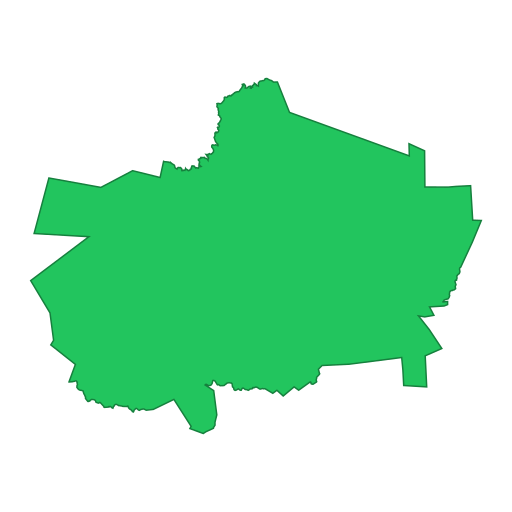 Otáez, Durango, Mexico (Mercator projection)
{"feature_id": "50627088B56377483842725", "entity_name": "Otáez", "entity_type": "district", "adm_level": 2, "iso_a3": "MEX", "parent_name": "Mexico", "parent_adm1": "Durango", "projection": "mercator", "projection_center": [-105.979, 24.71], "detail": "fine", "context": "isolated", "style": "filled", "palette": "green", "viewbox_px": 512, "rotation_deg": 0, "n_neighbors": 0, "source": "geoboundaries", "source_scale": "gbopen_adm2", "svg_char_len": 5991}
<svg xmlns="http://www.w3.org/2000/svg" viewBox="0 0 512 512"><path d="M87.8,401.4L88.9,401.2L88.9,401.3L89.8,401.0L89.8,400.6L91.7,399.4L94.3,399.7L95.4,400.6L95.6,401.0L95.8,401.9L96.1,402.3L98.3,403.1L99.0,403.0L99.4,402.5L99.8,402.4L100.3,402.6L103.8,406.4L104.0,407.2L104.5,407.4L108.9,407.0L108.8,406.6L110.5,406.5L111.8,407.7L112.9,408.2L113.5,406.5L114.1,406.1L114.4,405.2L114.7,404.9L116.0,404.3L116.8,404.5L118.9,405.7L119.9,405.6L120.2,405.8L121.7,406.0L122.8,406.4L126.5,406.5L127.5,406.1L127.9,406.1L128.4,407.6L129.6,409.0L130.8,409.6L132.3,411.2L132.4,411.6L133.4,412.0L133.7,411.6L133.7,411.2L134.1,410.2L135.8,408.5L136.4,408.4L137.5,409.1L138.3,409.9L139.2,410.3L139.6,410.3L140.5,409.6L143.0,409.0L144.1,409.1L146.2,410.2L153.3,409.4L173.9,399.4L191.1,426.3L189.9,428.6L203.3,433.5L205.8,431.8L213.4,428.3L213.3,427.9L215.0,425.2L215.0,422.2L216.8,414.9L213.7,390.6L205.1,385.0L205.3,384.6L206.0,384.3L206.6,384.4L208.3,385.5L209.1,385.6L210.4,385.4L211.2,384.9L212.1,383.5L212.8,380.5L213.1,380.4L213.8,380.4L215.1,381.1L217.2,384.6L217.7,384.9L218.3,384.6L218.7,384.7L220.1,385.7L223.4,385.6L224.3,385.4L224.8,384.8L225.7,384.3L226.9,383.2L227.4,383.0L229.2,382.7L230.4,383.0L231.4,383.0L232.1,383.8L232.5,386.8L233.7,388.0L233.9,389.3L234.2,389.8L235.1,390.4L236.5,390.0L238.3,388.8L240.0,390.1L241.0,390.3L241.3,390.2L242.1,388.4L243.0,388.1L243.5,388.2L245.2,389.5L247.0,389.7L248.2,390.3L248.9,390.0L250.1,389.0L252.1,388.8L252.7,388.4L252.6,387.8L253.0,387.5L254.3,387.7L255.3,387.1L256.3,387.1L257.1,387.3L259.7,389.0L260.2,389.1L262.6,388.5L263.4,388.8L265.0,388.7L272.8,393.3L276.9,390.3L283.2,396.0L294.1,386.9L298.7,390.2L310.2,381.9L310.9,382.3L310.9,383.0L311.1,383.7L311.9,384.1L312.6,384.2L313.1,384.2L316.5,382.0L316.7,381.5L316.1,380.0L316.6,378.5L316.6,377.3L318.9,374.9L319.7,373.8L319.4,373.2L318.4,369.2L322.1,365.5L349.1,364.2L401.7,357.5L402.9,370.1L403.7,385.5L426.7,386.9L425.2,355.8L441.8,348.5L429.2,329.5L418.5,315.9L424.7,316.9L433.9,315.3L429.5,306.9L444.1,306.0L447.6,304.6L447.6,301.5L442.4,302.0L443.7,301.3L444.2,300.0L446.9,299.1L447.9,299.0L449.0,297.6L449.7,295.6L449.3,294.2L449.6,293.2L449.6,292.1L450.0,291.7L450.0,291.4L450.4,291.1L451.5,290.5L452.4,290.5L452.6,290.2L454.1,289.9L455.6,288.7L455.2,286.4L456.0,284.7L455.1,282.1L455.0,281.1L455.9,280.0L456.5,280.2L456.7,279.0L457.0,278.2L456.8,276.0L458.3,274.2L459.2,273.7L459.8,272.2L459.9,271.6L459.5,269.0L459.8,267.8L460.7,267.2L472.3,242.2L481.3,220.5L472.7,220.2L470.6,185.7L456.3,186.4L448.2,187.1L424.9,187.0L424.6,150.8L409.0,143.7L409.3,155.9L289.5,112.4L277.4,82.0L273.5,82.1L271.6,80.6L269.6,80.0L266.9,78.5L265.2,78.7L264.6,79.9L263.7,80.6L262.7,80.6L261.4,81.0L260.7,81.0L259.8,81.3L258.4,83.0L258.4,86.1L257.4,85.5L256.4,85.6L256.3,84.6L254.4,83.2L254.3,84.2L253.6,84.5L253.2,85.4L252.4,85.6L252.5,87.1L251.7,86.9L251.2,87.4L251.2,88.2L250.4,88.1L250.8,87.0L250.6,86.2L250.4,86.1L248.8,86.5L246.8,88.1L245.2,88.0L245.6,86.5L245.3,85.4L243.9,83.9L242.3,84.4L243.2,85.7L242.3,86.2L242.4,86.6L242.0,87.5L239.6,90.6L239.4,91.2L238.8,91.7L237.0,91.7L236.7,92.0L235.7,92.1L235.1,92.6L234.6,92.6L234.2,93.2L233.1,93.9L232.6,94.7L232.1,95.0L231.5,95.0L231.5,95.4L231.0,96.0L229.7,95.7L229.4,95.5L228.8,95.9L227.7,96.3L227.6,96.9L226.8,97.4L225.2,97.1L224.6,97.2L224.2,97.8L224.4,99.2L223.8,100.6L221.5,103.3L220.6,103.7L219.5,103.7L218.8,103.4L217.3,103.5L216.9,103.7L217.3,105.3L217.0,105.8L216.9,106.4L217.1,107.0L218.3,108.4L218.1,109.7L218.8,111.7L218.5,112.3L218.7,112.8L218.7,113.7L218.3,115.0L219.6,115.8L219.9,116.8L221.2,118.5L221.2,119.3L220.3,120.8L220.3,121.3L220.0,121.5L219.5,122.5L218.1,123.7L218.1,124.5L218.5,124.9L219.0,125.1L219.4,125.9L219.3,126.5L218.9,127.0L218.6,127.3L217.6,127.2L217.4,127.4L217.9,128.5L217.8,129.1L218.1,129.3L218.8,130.2L218.3,131.9L217.6,132.1L217.1,132.7L216.6,132.9L216.3,132.6L216.4,132.1L216.0,132.0L214.9,133.1L215.0,134.8L214.8,136.4L214.1,137.3L215.5,141.4L216.6,143.0L217.6,143.8L217.8,144.2L218.0,144.9L218.0,145.7L217.7,145.7L217.4,145.3L216.2,144.9L215.6,144.8L214.5,145.2L213.6,145.2L212.9,144.8L212.1,145.1L211.8,145.6L211.7,146.8L212.0,147.5L212.6,148.0L213.4,149.6L213.7,150.8L213.4,151.3L213.5,151.7L213.4,152.3L212.8,152.6L212.3,153.4L211.7,153.6L211.6,153.9L211.1,154.3L209.7,153.9L209.4,153.7L209.2,154.0L208.6,154.0L207.9,154.4L206.8,154.6L206.1,154.5L207.0,155.7L207.1,156.2L207.5,156.4L207.8,156.2L207.7,157.0L208.5,157.7L208.5,158.3L208.1,159.2L208.0,160.2L207.3,159.1L206.2,158.4L205.0,158.4L204.6,157.5L204.3,157.3L203.4,157.6L202.3,157.5L201.6,157.9L201.0,157.3L200.8,157.4L200.3,158.6L199.9,158.6L199.2,159.2L198.4,159.3L198.3,159.9L198.5,160.4L199.4,161.1L199.6,162.6L199.1,163.2L199.4,164.0L198.8,165.1L199.4,165.4L199.9,165.4L201.1,166.5L200.2,166.7L199.4,166.5L198.9,166.8L198.2,167.6L198.3,168.2L197.0,168.0L196.6,167.7L195.6,168.0L195.3,167.3L194.6,167.0L193.9,165.9L192.9,166.2L192.5,165.9L192.0,165.9L191.7,166.3L191.6,167.2L191.3,167.5L191.4,168.1L191.4,168.8L191.1,169.0L190.6,169.0L190.2,169.3L189.7,170.3L188.4,170.7L188.0,170.2L187.7,170.3L187.5,170.0L187.2,170.0L187.1,169.6L186.6,169.3L186.1,169.2L185.6,168.5L185.5,169.4L185.2,169.5L184.9,170.4L183.9,170.2L183.6,170.5L183.1,170.2L182.0,170.8L181.8,170.6L181.9,169.7L181.6,168.6L180.4,167.5L179.5,167.7L179.0,167.5L178.1,167.5L177.7,167.9L177.0,169.1L176.4,168.5L175.5,168.3L174.7,167.0L174.8,166.3L174.3,165.1L171.7,163.5L171.4,163.0L170.4,162.8L170.1,162.1L169.5,162.4L168.8,162.4L168.3,162.0L167.9,162.1L167.3,161.9L164.6,161.7L163.6,161.3L160.1,177.5L132.6,170.7L100.9,187.4L48.9,178.0L34.1,233.5L88.9,236.7L30.7,280.6L50.0,312.9L53.6,340.3L50.8,344.9L75.4,364.4L69.0,381.9L69.9,382.0L71.1,381.7L71.9,381.9L72.2,381.7L74.5,381.3L75.4,380.9L76.1,380.9L76.5,381.1L77.2,382.2L77.0,382.4L77.2,383.0L77.2,383.8L77.5,384.7L77.0,385.6L76.9,387.4L78.2,389.1L79.3,389.9L80.5,390.3L81.2,390.3L83.1,390.9L83.5,392.7L84.1,394.2L84.7,395.1L85.0,396.1L85.5,396.7L85.5,398.5L87.8,401.4Z" fill="#22c55e" stroke="#15803d" stroke-width="1.5"/></svg>